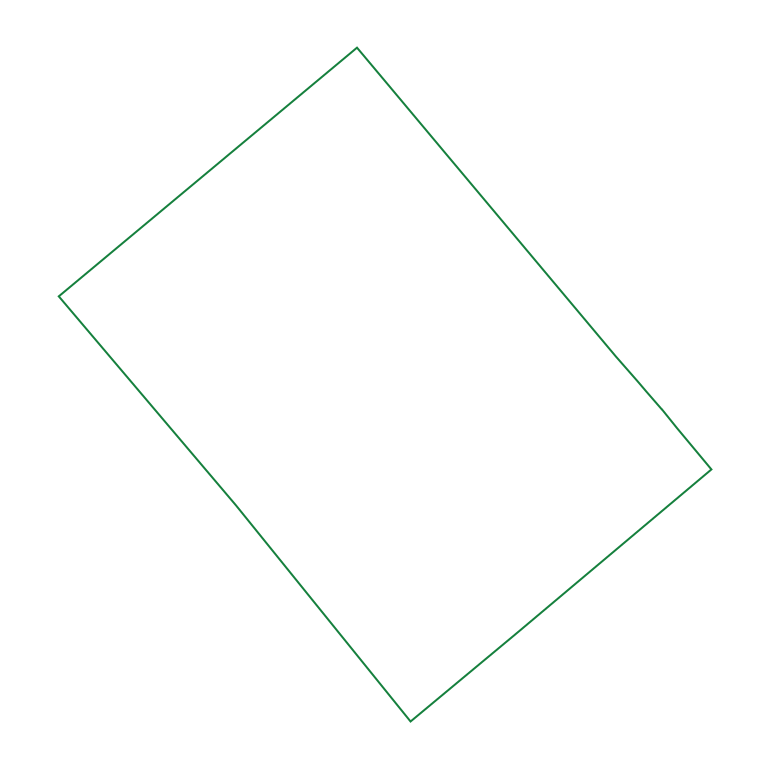 Osceola, Iowa, United States of America, rotated 50°
{"feature_id": "52423323B8294388422794", "entity_name": "Osceola", "entity_type": "district", "adm_level": 2, "iso_a3": "USA", "parent_name": "United States of America", "parent_adm1": "Iowa", "projection": "mercator", "projection_center": [-95.549, 43.378], "detail": "fine", "context": "isolated", "style": "outline", "palette": "green", "viewbox_px": 768, "rotation_deg": 50, "n_neighbors": 0, "source": "geoboundaries", "source_scale": "gbopen_adm2", "svg_char_len": 381}
<svg xmlns="http://www.w3.org/2000/svg" viewBox="0 0 768 768"><g transform="rotate(50 384 384)"><path d="M582.3,187.4L582.0,187.4L582.0,187.5L558.3,187.9L544.7,188.0L512.1,188.7L248.9,188.6L248.0,188.6L155.2,188.5L139.9,188.5L109.0,188.5L107.8,576.8L381.7,575.4L659.6,580.6L660.2,441.4L659.9,188.1L605.9,187.9L582.3,187.4Z" fill="none" stroke="#15803d" stroke-width="2"/></g></svg>